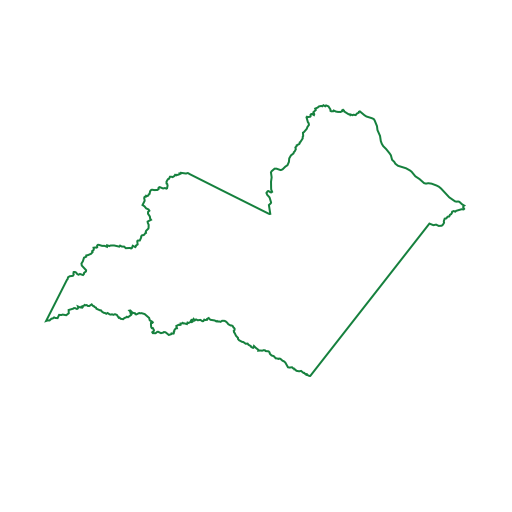 Nova Mamoré, Rondônia, Brazil, rotated 128°
{"feature_id": "56859067B93107940497000", "entity_name": "Nova Mamoré", "entity_type": "district", "adm_level": 2, "iso_a3": "BRA", "parent_name": "Brazil", "parent_adm1": "Rondônia", "projection": "equal_earth", "projection_center": [-64.544, -10.405], "detail": "fine", "context": "isolated", "style": "outline", "palette": "green", "viewbox_px": 512, "rotation_deg": 128, "n_neighbors": 0, "source": "geoboundaries", "source_scale": "gbopen_adm2", "svg_char_len": 6090}
<svg xmlns="http://www.w3.org/2000/svg" viewBox="0 0 512 512"><g transform="rotate(128 256 256)"><path d="M436.4,381.4L435.2,380.6L433.9,379.0L431.3,378.6L430.4,377.7L428.7,377.3L428.4,376.0L427.1,374.1L423.6,374.9L422.3,373.0L421.2,372.3L419.5,369.1L416.4,368.3L413.9,370.4L410.0,367.6L409.2,367.4L408.5,366.6L408.0,364.5L407.1,364.1L405.9,364.4L405.4,365.2L404.9,363.2L403.7,361.1L403.1,361.1L402.9,362.1L401.1,361.0L400.0,360.9L399.7,359.8L398.9,359.2L398.9,357.7L398.1,356.6L395.3,355.7L395.7,353.9L395.3,352.9L395.6,351.9L395.2,350.3L395.8,349.3L394.8,345.3L394.3,344.9L394.7,342.7L394.4,340.7L393.9,340.0L393.7,338.4L392.3,337.9L392.1,335.4L391.5,334.2L390.6,333.6L390.2,332.2L388.7,331.3L388.1,329.4L389.2,326.1L388.6,325.8L388.8,324.0L387.6,321.8L385.8,321.5L384.7,320.7L383.4,320.4L383.1,319.2L379.2,318.1L378.2,318.3L378.5,319.4L377.2,321.0L377.0,322.1L376.3,321.5L376.7,318.4L375.6,316.1L376.1,315.1L375.8,314.4L372.8,312.9L372.6,312.1L371.5,311.0L370.3,308.0L370.6,302.1L372.1,300.1L371.7,297.6L371.8,296.5L372.6,296.5L373.4,297.5L374.2,297.0L376.5,294.9L377.0,293.7L376.3,293.0L377.3,290.7L378.1,290.4L379.9,290.8L380.3,289.8L378.7,287.6L376.6,287.1L376.0,286.6L375.3,283.4L373.4,281.9L372.7,281.8L372.0,280.8L371.8,279.8L371.9,276.1L369.7,274.6L369.0,274.9L367.9,273.2L367.0,273.4L366.2,274.2L365.5,274.1L365.0,274.6L364.0,274.7L362.4,274.6L361.6,273.8L360.2,275.7L357.8,274.6L357.3,273.6L356.7,273.1L355.7,273.9L354.7,272.8L353.8,272.6L353.8,271.6L353.2,271.0L352.2,268.5L350.6,269.0L350.3,267.9L348.4,267.1L347.7,265.9L346.7,265.6L346.7,267.5L346.0,267.5L345.0,266.3L344.0,266.4L344.5,264.6L342.9,264.2L342.5,262.3L340.6,260.5L340.4,258.1L339.7,257.4L338.0,257.6L337.6,256.4L336.4,255.3L335.7,255.8L334.0,255.1L334.3,254.3L334.3,252.6L332.2,248.8L332.0,247.0L331.2,246.7L331.1,245.5L330.4,245.0L329.7,243.4L327.9,242.8L326.5,240.9L326.2,239.7L326.3,237.7L326.8,235.8L326.4,233.3L325.7,232.4L325.6,230.9L326.2,229.9L326.2,228.9L326.6,227.9L328.1,227.2L328.7,227.4L329.7,226.2L329.8,225.4L331.2,222.6L331.6,219.8L332.4,219.2L332.8,217.5L332.2,214.0L331.6,213.0L331.5,210.1L330.2,208.7L330.6,207.3L330.2,204.6L330.6,204.1L330.4,202.2L330.0,201.6L328.2,202.2L328.5,199.7L328.5,196.2L329.2,195.9L327.5,194.0L326.9,192.9L325.4,191.9L324.8,190.8L325.0,189.9L323.4,187.4L323.6,186.0L324.5,184.9L324.8,182.5L324.0,180.4L324.5,177.4L324.0,176.8L323.2,174.8L322.6,174.7L322.0,173.5L322.2,170.5L321.8,169.4L321.9,167.3L324.0,162.3L323.3,160.9L321.5,159.1L321.7,157.6L321.3,156.8L321.8,156.0L321.3,155.2L321.6,153.5L320.3,151.0L318.8,149.7L318.9,146.6L318.4,146.0L318.7,145.0L318.4,144.1L317.9,143.4L318.6,143.0L318.1,142.1L317.7,140.2L317.1,139.4L123.7,139.3L122.5,135.2L120.4,133.4L119.8,130.5L117.8,128.3L116.2,128.0L114.0,128.3L113.0,129.4L110.4,130.3L109.2,129.2L107.1,129.2L105.9,128.1L104.1,128.5L102.8,128.0L101.6,128.1L100.3,128.7L98.8,127.8L98.4,126.3L97.2,126.1L92.6,122.8L91.5,121.1L90.7,121.0L90.0,122.8L89.0,123.3L88.1,123.0L88.4,125.5L88.1,129.1L88.6,130.3L89.7,131.4L90.4,132.8L90.8,139.8L88.9,151.7L88.8,154.5L89.3,157.1L90.9,162.2L92.6,165.1L94.3,166.6L95.1,168.4L94.7,174.5L95.1,179.5L93.8,185.3L93.8,187.3L94.5,191.8L97.5,199.7L97.5,203.0L96.7,205.0L96.4,208.0L93.6,211.7L92.9,213.8L91.6,219.3L91.1,223.4L90.1,226.0L88.6,228.4L85.0,232.2L82.0,237.8L79.2,240.6L76.1,246.0L75.6,247.6L76.1,249.6L78.1,254.9L78.3,257.2L78.1,263.2L79.0,263.7L79.9,263.3L81.7,264.2L83.6,264.2L84.7,266.2L85.6,266.6L86.2,268.4L86.9,268.5L86.6,269.3L87.3,270.3L87.8,275.5L87.3,276.1L87.2,277.4L88.2,277.8L89.0,277.3L90.5,278.1L92.0,280.1L93.0,282.0L93.5,284.3L94.3,284.2L95.6,285.7L95.8,286.6L94.7,287.6L93.5,291.0L94.2,293.5L95.4,293.6L95.7,295.7L97.2,295.9L97.6,297.0L99.4,298.5L101.1,298.8L103.4,300.1L104.1,298.8L107.4,299.3L108.4,297.4L109.3,297.1L109.6,299.3L110.2,299.9L111.1,300.0L112.0,299.1L112.8,299.0L114.7,300.7L114.9,301.6L115.6,301.6L118.6,297.5L118.9,296.3L120.1,295.0L122.7,294.9L124.5,294.3L128.8,294.5L129.9,294.9L132.4,292.7L133.3,292.6L134.6,291.6L138.8,291.2L139.6,291.5L140.4,290.9L141.2,290.9L143.8,292.1L144.5,291.6L146.2,291.8L147.3,290.4L149.7,289.9L150.9,290.1L152.1,289.6L155.2,290.4L158.6,289.9L161.6,288.0L165.1,287.1L167.5,287.9L171.3,288.4L172.5,289.0L173.2,289.6L174.6,293.7L175.7,295.1L179.6,295.9L180.9,295.7L184.4,292.1L188.2,289.9L193.3,285.8L194.4,284.8L195.5,282.8L196.5,283.1L196.9,283.8L197.1,286.1L197.8,286.7L199.9,286.6L200.9,284.8L201.5,281.4L204.5,277.1L205.3,276.8L207.9,277.2L214.0,270.7L214.6,271.2L214.9,272.3L225.3,323.6L232.4,359.2L232.4,360.1L232.7,360.9L234.1,361.9L236.7,366.4L237.4,366.1L238.0,367.1L238.6,366.6L240.4,367.7L240.9,368.5L241.6,368.6L241.8,369.7L243.4,369.6L245.2,370.3L245.4,371.1L246.5,372.6L248.7,372.1L249.7,372.7L252.5,372.3L254.0,371.1L253.9,370.3L255.0,369.0L257.4,367.8L258.1,368.1L258.5,369.6L260.0,370.8L261.0,374.3L261.7,374.7L262.5,374.7L263.0,374.0L264.6,374.3L266.6,376.6L267.8,378.8L268.7,379.3L270.2,379.3L272.6,378.1L273.5,378.5L274.7,378.1L275.8,378.7L276.2,379.7L277.1,379.3L277.9,380.2L279.2,379.8L280.5,378.2L281.2,377.7L285.7,376.8L285.5,374.5L286.1,371.9L285.5,369.4L286.0,367.9L287.7,368.2L289.2,367.1L290.2,364.0L291.7,362.4L292.1,361.0L295.6,362.6L296.5,361.7L297.5,359.8L299.8,358.1L300.6,357.7L303.8,358.1L304.7,357.8L305.5,356.9L306.3,357.3L308.1,357.2L309.1,357.7L309.7,358.5L311.2,358.6L312.1,357.9L315.3,357.1L316.7,358.7L317.4,358.7L319.8,356.4L321.7,357.0L322.4,356.6L323.3,356.6L323.8,359.4L326.3,358.7L327.0,359.1L327.2,360.2L330.0,363.4L329.8,365.7L331.2,367.6L331.5,369.5L332.8,369.5L335.0,374.2L337.3,377.1L338.5,377.7L339.2,379.9L340.5,379.1L341.2,381.5L342.8,383.6L344.0,386.8L344.6,387.5L345.6,387.6L346.9,386.5L347.7,386.9L348.2,387.9L349.5,389.1L350.3,388.1L351.3,387.7L353.1,388.1L353.5,387.2L355.7,387.3L358.5,388.8L360.1,390.1L361.1,389.4L363.2,390.5L366.7,389.2L369.4,388.9L370.8,387.4L371.8,381.1L372.9,380.5L375.1,381.1L376.1,380.5L377.5,380.6L378.6,383.7L380.0,384.3L380.3,385.7L379.8,387.6L380.1,388.9L380.9,389.8L382.1,389.2L382.9,388.2L384.4,388.1L386.6,390.3L388.5,391.0L390.3,390.2L391.2,390.3L436.4,381.4Z" fill="none" stroke="#15803d" stroke-width="2"/></g></svg>